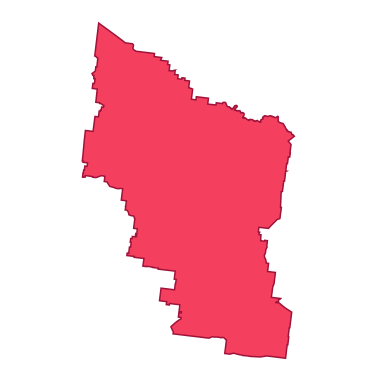 the district of Boyup Brook, Western Australia, Australia, rotated 7°
{"feature_id": "25037944B18504039205701", "entity_name": "Boyup Brook", "entity_type": "district", "adm_level": 2, "iso_a3": "AUS", "parent_name": "Australia", "parent_adm1": "Western Australia", "projection": "robinson", "projection_center": [116.619, -33.886], "detail": "fine", "context": "isolated", "style": "filled", "palette": "rose", "viewbox_px": 384, "rotation_deg": 7, "n_neighbors": 0, "source": "geoboundaries", "source_scale": "gbopen_adm2", "svg_char_len": 5927}
<svg xmlns="http://www.w3.org/2000/svg" viewBox="0 0 384 384"><g transform="rotate(7 192 192)"><path d="M78.7,143.9L78.8,154.1L79.3,169.9L79.3,174.6L80.2,174.6L80.2,175.8L84.8,175.8L84.8,179.3L82.5,179.3L82.5,183.4L81.8,183.4L81.8,186.5L81.5,186.5L81.5,190.6L82.2,190.6L82.2,190.3L84.1,190.3L84.1,188.7L91.5,188.8L91.5,189.4L94.1,189.5L95.5,189.2L99.4,187.1L101.0,186.8L103.6,187.1L103.6,192.3L105.6,192.3L106.4,192.5L109.4,196.1L109.9,196.5L113.9,197.0L115.6,197.6L118.5,197.7L119.2,197.6L119.9,197.2L122.8,197.2L122.8,208.7L127.9,208.7L128.0,213.4L127.8,213.9L128.0,213.9L127.9,218.0L129.3,217.9L129.9,218.2L131.2,219.7L131.6,220.5L132.0,221.9L132.3,222.4L134.4,222.9L136.6,222.9L137.0,223.0L137.6,223.8L137.9,224.7L138.1,225.1L138.5,225.2L138.5,235.2L142.2,235.2L142.3,242.3L141.2,240.9L141.2,243.4L138.2,243.4L138.1,245.7L136.8,245.7L136.8,249.4L137.8,249.4L137.8,254.3L136.6,254.3L136.7,260.5L135.1,260.5L135.1,263.0L142.5,263.0L142.5,263.9L152.4,263.8L152.3,271.6L155.8,271.6L155.8,271.3L161.9,271.3L161.9,271.7L167.8,271.7L167.8,272.7L185.0,272.6L185.0,280.7L187.0,280.7L186.9,285.2L186.6,285.2L186.6,291.2L173.0,291.2L173.0,303.9L180.2,303.9L180.2,306.9L183.3,306.9L183.3,305.4L193.7,305.4L193.7,312.1L196.0,312.1L196.0,313.4L193.7,313.4L193.7,317.8L196.4,317.8L196.4,319.4L195.6,319.9L193.4,321.8L191.2,324.0L187.6,328.1L187.5,328.4L187.7,328.8L188.8,330.4L189.2,331.3L190.3,332.7L190.5,333.5L190.5,335.1L225.0,335.0L226.8,334.9L227.6,334.5L229.6,333.2L232.3,333.3L233.0,333.0L234.9,332.9L235.6,333.0L236.2,332.9L238.6,333.1L239.1,333.0L239.5,332.7L241.2,332.7L241.9,333.1L243.7,334.5L244.2,334.6L244.2,348.3L249.6,348.3L249.8,348.1L253.0,346.9L258.4,347.7L259.2,347.6L261.5,347.8L262.0,348.1L267.3,347.9L269.8,348.1L279.9,347.4L286.3,345.6L305.1,345.6L305.1,332.1L305.7,332.1L305.7,324.0L305.1,323.9L305.1,314.8L305.6,314.8L305.6,299.1L298.4,295.6L291.6,291.3L288.8,291.6L288.6,291.4L289.1,290.8L289.5,291.0L289.8,290.8L290.5,290.9L290.8,290.4L290.9,290.1L291.3,289.8L291.2,288.9L290.8,288.5L290.8,287.9L291.5,287.6L291.9,287.8L292.5,287.6L293.0,286.9L283.6,286.9L283.7,276.6L284.6,272.8L284.6,261.7L276.7,261.7L276.7,253.5L274.4,253.5L274.2,252.5L273.3,249.9L272.3,248.5L271.5,246.4L272.3,243.4L272.3,240.0L273.2,237.6L272.8,236.1L272.8,231.1L270.1,231.1L270.1,232.0L266.1,232.0L265.7,227.4L265.7,226.1L263.7,226.1L263.7,224.4L264.1,224.0L264.1,223.6L262.7,223.5L262.7,218.9L272.4,218.8L272.8,218.1L274.8,215.4L280.0,208.8L282.3,207.8L282.5,207.5L282.5,203.5L282.6,196.4L281.7,196.4L280.5,180.8L281.7,180.5L281.7,169.9L282.5,169.9L282.5,163.2L282.4,163.2L282.4,160.3L283.2,159.8L282.5,159.8L282.5,152.2L283.3,152.2L283.3,145.5L284.7,145.5L284.8,141.4L284.5,141.4L284.5,132.8L281.3,129.7L286.8,124.2L285.3,122.9L285.2,123.0L285.1,122.8L284.2,122.8L283.8,122.3L283.8,121.9L282.9,120.5L281.9,120.7L281.6,120.5L280.6,120.2L280.6,120.4L280.4,120.4L280.0,119.9L279.2,120.0L278.8,119.8L278.6,119.5L278.7,119.3L278.9,119.5L278.6,118.8L278.7,118.7L277.9,118.2L277.6,117.7L277.1,117.1L276.5,115.9L276.0,115.7L275.7,115.4L275.6,114.8L274.8,113.9L274.5,113.7L274.3,113.2L273.7,112.8L272.9,112.9L272.4,112.7L271.1,112.5L270.2,112.2L269.2,111.5L268.8,110.9L268.9,110.3L268.5,108.7L268.7,107.8L268.3,106.6L268.0,106.4L267.7,106.5L267.2,107.0L267.0,107.3L266.5,107.5L266.4,107.5L266.0,107.9L265.5,108.1L264.2,107.6L263.5,107.4L263.5,107.6L263.0,107.5L262.7,107.2L262.1,107.0L261.9,107.2L261.3,106.8L260.5,106.9L259.6,107.1L259.4,107.0L258.9,107.4L257.7,107.9L256.2,107.4L255.0,107.4L254.2,108.1L254.2,108.3L254.3,108.3L254.2,108.5L253.9,108.6L254.1,108.3L253.8,108.3L253.3,108.9L253.1,109.5L253.2,109.8L253.5,110.0L253.4,110.2L253.4,111.0L251.9,111.6L251.5,112.3L251.4,112.7L251.8,113.8L251.7,114.3L250.6,114.4L250.5,113.9L249.7,113.9L249.2,113.8L248.3,113.1L247.7,113.5L247.1,113.3L246.7,113.6L246.5,114.1L245.4,114.1L245.6,113.9L243.0,112.8L242.6,112.7L242.0,113.1L240.9,112.8L241.1,112.7L240.5,112.9L240.5,113.2L240.1,113.8L239.4,114.1L238.8,113.7L238.6,113.5L238.9,113.5L238.7,113.4L237.4,113.1L236.7,112.7L236.5,112.2L236.2,112.0L235.5,112.2L235.2,112.0L235.1,112.4L234.6,112.4L234.2,112.1L233.6,112.3L233.3,112.2L233.2,111.6L233.4,111.4L234.1,110.2L234.2,109.5L234.2,109.1L234.3,108.4L233.9,107.5L233.1,107.2L233.0,107.4L232.7,107.5L232.4,107.1L232.1,107.3L231.6,107.4L231.5,107.2L231.1,107.5L230.7,107.5L230.3,106.9L230.1,105.9L229.8,105.6L228.2,105.8L228.3,105.6L227.0,105.8L226.6,105.6L226.3,106.0L226.0,105.7L224.6,105.3L224.2,105.0L224.1,104.8L224.3,104.7L224.4,104.8L224.4,105.0L224.7,104.6L224.8,103.8L225.7,103.0L226.4,101.9L226.5,101.3L225.6,100.8L225.6,101.1L224.8,100.9L223.9,101.2L223.3,102.4L223.4,102.6L222.6,103.5L222.0,104.6L221.8,104.6L221.7,104.9L221.4,105.0L221.1,104.8L221.3,104.8L220.8,104.2L219.8,103.7L218.6,102.9L218.2,102.9L217.5,103.2L216.1,102.2L215.8,101.9L215.8,101.6L215.6,101.1L214.9,100.1L214.7,99.7L214.8,99.7L214.7,99.4L214.2,99.1L213.3,99.0L211.8,99.4L211.6,100.1L211.6,100.5L205.2,100.5L205.2,102.7L196.9,102.8L196.9,96.9L184.7,96.9L184.7,100.1L180.1,100.0L180.1,89.8L178.6,89.3L177.7,89.3L177.0,88.9L176.0,88.9L176.0,82.1L171.2,82.1L171.2,79.8L168.1,79.8L168.1,81.3L164.0,81.3L164.0,77.5L160.5,77.4L160.5,73.3L160.6,73.1L159.1,73.6L157.9,74.3L155.8,74.2L154.5,74.4L154.5,68.5L152.3,68.5L152.3,65.1L144.7,65.1L145.6,62.2L137.9,62.2L137.9,59.1L119.2,59.1L118.4,58.6L118.1,58.6L117.3,58.2L116.0,57.0L115.7,56.2L115.9,55.8L116.1,53.4L115.7,52.8L115.0,52.3L114.8,52.1L107.7,52.1L98.1,46.5L78.8,35.7L78.9,68.9L79.5,69.0L80.2,69.3L81.1,70.2L82.2,70.5L82.3,79.4L81.3,79.4L81.3,83.8L78.3,86.6L79.4,88.3L80.4,88.3L80.4,89.8L80.9,90.7L80.7,90.8L80.7,91.5L82.1,91.5L82.1,92.5L81.9,92.7L81.9,96.3L80.4,96.3L80.4,101.4L85.4,101.4L85.6,114.7L89.6,114.7L89.6,115.4L90.8,115.4L91.9,115.9L92.5,116.5L94.0,116.8L94.0,117.2L93.8,117.2L93.8,118.7L91.9,118.7L91.9,121.8L91.1,121.8L91.1,123.0L90.0,123.0L90.0,128.8L86.5,128.8L86.4,143.9L78.7,143.9Z" fill="#f43f5e" stroke="#9f1239" stroke-width="1.5"/></g></svg>